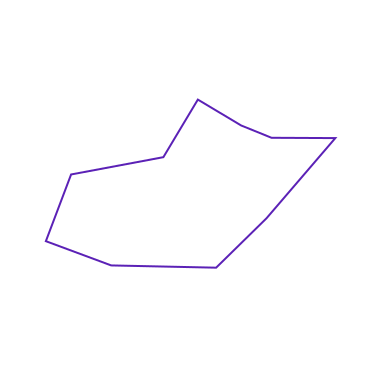 map outline of Cebu (Albers equal-area conic projection), rotated 239°
{"feature_id": "PHL-5522", "entity_name": "Cebu", "entity_type": "Highly Urbanized City", "adm_level": 1, "iso_a3": "PHL", "parent_name": "Philippines", "parent_adm1": "", "projection": "albers", "projection_center": [123.895, 10.342], "detail": "fine", "context": "isolated", "style": "outline", "palette": "violet", "viewbox_px": 384, "rotation_deg": 239, "n_neighbors": 0, "source": "natural_earth", "source_scale": "10m", "svg_char_len": 295}
<svg xmlns="http://www.w3.org/2000/svg" viewBox="0 0 384 384"><g transform="rotate(239 192 192)"><path d="M268.2,244.6L223.7,268.4L197.5,288.1L164.4,342.6L131.1,242.3L114.7,173.7L170.7,84.9L225.1,41.4L269.3,97.4L236.6,185.4L268.2,244.6Z" fill="none" stroke="#5b21b6" stroke-width="2"/></g></svg>